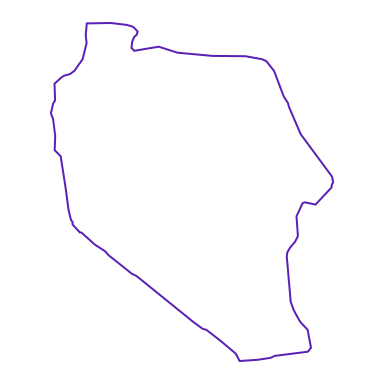 San Carlos Alzatate, Jalapa, Guatemala (Natural Earth projection)
{"feature_id": "79465075B59357563721623", "entity_name": "San Carlos Alzatate", "entity_type": "district", "adm_level": 2, "iso_a3": "GTM", "parent_name": "Guatemala", "parent_adm1": "Jalapa", "projection": "natural_earth1", "projection_center": [-90.078, 14.475], "detail": "fine", "context": "isolated", "style": "outline", "palette": "violet", "viewbox_px": 384, "rotation_deg": 0, "n_neighbors": 0, "source": "geoboundaries", "source_scale": "gbopen_adm2", "svg_char_len": 1047}
<svg xmlns="http://www.w3.org/2000/svg" viewBox="0 0 384 384"><path d="M239.6,361.0L257.7,359.8L270.8,357.8L274.6,355.9L307.9,351.7L311.0,347.7L307.6,329.8L300.8,322.5L299.2,320.2L293.7,310.1L290.7,301.8L286.8,256.7L287.3,252.4L290.0,247.8L291.6,245.8L293.3,243.8L295.0,241.9L297.9,236.1L296.5,216.3L302.6,203.2L304.9,202.3L315.5,204.6L331.4,187.6L331.9,184.5L333.1,182.4L332.1,176.7L300.7,134.2L288.8,106.5L288.0,103.1L283.7,96.4L274.1,71.0L266.3,61.1L261.7,59.1L245.2,56.2L212.4,55.9L177.5,52.7L158.7,46.7L134.2,50.8L131.5,47.9L132.1,42.1L134.0,37.2L136.8,34.6L137.6,31.4L133.1,26.8L126.8,24.9L110.8,23.0L86.8,23.4L85.7,35.0L86.6,43.2L82.6,59.2L74.5,70.7L70.1,74.0L64.4,75.6L62.6,76.6L61.2,77.6L54.5,83.7L55.1,100.3L53.1,103.7L50.9,113.3L53.1,119.0L55.2,135.8L54.7,150.2L60.7,156.3L65.7,188.5L68.6,210.3L70.9,219.7L72.6,222.2L72.6,224.6L79.9,232.5L81.4,232.5L94.7,244.5L105.0,251.2L108.7,255.3L131.9,273.8L136.5,276.0L193.6,322.2L202.8,328.9L206.3,329.8L220.9,341.1L235.8,353.7L239.6,361.0Z" fill="none" stroke="#5b21b6" stroke-width="2"/></svg>